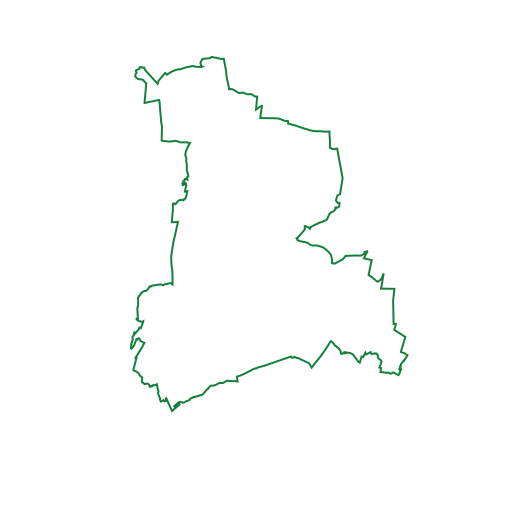 the district of Albota, Arges, Romania, rotated 290°
{"feature_id": "2599482B92204105458489", "entity_name": "Albota", "entity_type": "district", "adm_level": 2, "iso_a3": "ROU", "parent_name": "Romania", "parent_adm1": "Arges", "projection": "equal_earth", "projection_center": [24.826, 44.777], "detail": "fine", "context": "isolated", "style": "outline", "palette": "green", "viewbox_px": 512, "rotation_deg": 290, "n_neighbors": 0, "source": "geoboundaries", "source_scale": "gbopen_adm2", "svg_char_len": 6077}
<svg xmlns="http://www.w3.org/2000/svg" viewBox="0 0 512 512"><g transform="rotate(290 256 256)"><path d="M199.0,431.1L199.3,430.8L198.7,429.8L198.4,429.7L198.5,429.4L199.7,429.4L201.3,429.8L201.4,429.1L203.2,429.5L203.9,429.2L209.1,430.9L208.9,431.1L214.6,432.3L215.4,428.8L215.3,425.2L215.4,424.9L231.0,424.0L233.9,411.2L240.0,410.7L239.3,408.5L261.3,400.0L272.5,397.3L268.1,384.7L283.4,381.9L277.5,381.7L274.2,379.9L273.4,378.7L275.9,371.7L276.6,368.3L291.7,366.1L290.7,358.1L298.2,359.1L298.5,358.7L296.6,356.6L295.4,357.2L292.3,354.6L290.2,348.5L286.7,340.1L282.6,338.7L275.7,332.5L275.3,329.9L278.8,328.7L282.9,325.8L285.3,321.4L286.9,317.1L287.0,313.3L286.8,310.1L286.4,308.4L285.4,306.3L285.0,303.6L285.9,300.6L285.9,297.9L285.0,292.4L285.1,289.8L286.5,288.0L287.7,289.0L297.7,292.8L300.5,291.6L301.0,291.8L300.7,296.4L300.0,297.2L300.1,297.5L301.9,297.4L309.3,304.5L310.1,305.9L313.8,309.6L315.1,310.3L317.8,310.3L318.4,310.5L320.2,310.4L323.2,312.0L323.7,312.9L324.9,313.7L327.3,314.8L328.6,314.0L328.8,314.1L329.2,314.8L329.1,315.6L329.5,316.3L330.6,317.0L331.4,317.2L333.8,316.5L334.6,316.1L333.7,314.9L335.5,312.1L340.7,311.8L343.0,313.8L358.7,310.8L384.6,295.6L384.4,294.6L383.2,293.4L383.0,292.4L382.7,290.5L383.1,289.5L383.0,288.4L389.1,286.3L391.4,285.2L398.1,282.4L396.1,277.4L395.8,275.6L393.4,268.5L392.6,263.6L392.2,256.0L392.1,248.7L391.4,240.9L393.7,240.1L393.7,239.1L393.2,238.6L392.8,235.9L393.0,230.6L391.6,225.8L387.1,212.8L399.0,210.3L398.4,209.3L397.7,208.7L393.7,205.9L406.2,202.6L405.5,200.5L406.5,196.5L406.1,195.2L405.0,192.5L405.2,188.1L404.4,186.7L403.4,184.4L403.4,183.6L404.6,177.3L404.3,175.2L403.4,173.9L413.1,167.8L416.3,166.1L419.2,164.9L430.4,158.2L429.4,156.4L427.9,146.1L427.2,145.8L426.2,145.1L422.8,138.1L418.6,137.7L418.1,137.9L415.3,140.0L415.5,140.8L415.1,140.5L413.3,135.0L413.0,132.3L412.5,130.9L409.1,125.4L405.2,120.5L404.9,119.3L404.2,118.1L402.0,115.4L399.8,113.2L395.9,110.3L396.9,108.0L387.4,104.5L384.1,104.7L392.7,88.4L393.9,87.2L394.8,86.6L394.3,85.5L394.5,84.6L393.9,83.7L394.2,83.1L394.1,82.5L393.9,82.3L393.3,82.1L392.0,82.3L390.9,81.4L390.1,80.2L389.1,79.7L388.7,79.8L387.7,80.9L387.1,81.1L385.9,80.7L385.2,80.6L383.3,81.3L382.5,83.1L382.0,84.8L382.8,88.5L382.8,89.7L381.3,92.3L380.8,93.8L361.7,98.9L369.2,111.1L369.5,111.5L368.5,112.3L351.8,120.0L348.6,121.5L345.7,123.3L332.4,127.8L332.2,129.0L333.8,135.1L334.2,136.2L336.8,141.2L337.0,146.3L338.9,151.4L339.7,155.3L336.1,154.7L330.8,154.3L327.2,154.8L325.9,155.6L324.2,157.0L321.5,157.9L318.6,159.5L312.6,161.9L309.4,164.2L307.6,165.2L306.7,164.5L306.1,164.3L305.5,164.5L304.3,165.4L304.3,163.5L303.9,162.7L301.2,163.1L301.2,162.3L300.5,162.9L299.9,163.1L299.6,163.0L299.4,162.4L299.0,162.0L298.0,162.6L297.6,162.9L297.5,163.3L297.9,163.7L299.7,164.4L300.2,164.7L300.4,165.1L300.0,165.6L299.0,165.8L298.7,166.2L292.2,167.2L293.4,169.3L289.0,169.9L285.8,170.0L285.1,169.1L283.8,169.0L283.4,168.6L283.3,168.0L283.5,167.0L282.4,165.2L281.3,164.1L280.7,163.8L277.3,162.7L276.9,162.1L277.4,160.7L276.9,160.2L276.5,160.0L269.4,162.7L268.0,162.8L259.0,165.4L259.2,166.4L260.1,168.0L260.3,169.0L261.4,170.8L259.3,171.4L256.6,171.6L249.6,172.6L240.3,173.7L228.0,176.1L225.9,176.7L220.7,178.8L216.4,180.8L213.3,182.5L206.3,185.3L200.7,187.3L201.3,185.2L200.2,182.9L199.0,181.9L198.8,180.3L196.6,178.7L196.8,176.5L195.6,173.9L193.4,170.2L192.9,168.8L192.0,167.9L191.4,167.8L191.2,167.5L191.3,167.0L191.1,166.6L187.6,165.6L185.9,164.9L185.5,164.6L185.1,163.4L183.9,162.1L183.0,161.4L182.4,161.4L181.4,160.5L179.9,160.5L178.0,159.7L176.9,159.7L176.3,159.4L171.5,161.4L167.9,162.4L166.8,162.2L156.8,166.4L156.6,165.6L156.3,165.2L155.9,165.2L155.4,165.8L154.9,167.7L154.8,168.7L155.1,169.8L154.9,170.4L155.1,171.3L156.1,172.3L153.6,172.6L153.2,172.4L148.8,172.5L148.7,171.0L147.6,171.2L142.9,169.4L142.5,169.0L142.7,167.8L141.5,167.8L141.5,168.7L141.0,168.7L138.1,167.6L137.1,167.9L135.7,168.7L130.2,168.9L129.5,169.5L128.2,169.4L127.5,169.9L126.7,170.0L126.2,170.6L129.0,171.8L130.3,172.0L137.0,172.1L137.0,173.2L138.0,173.3L138.7,174.0L138.4,175.0L136.5,176.7L136.3,180.8L131.0,180.1L119.3,177.6L119.5,178.5L106.9,179.7L106.5,180.9L106.5,183.3L105.5,186.0L103.8,187.9L103.0,190.5L98.7,191.8L98.3,192.2L98.3,193.3L97.5,195.1L99.0,197.6L99.0,198.4L98.0,200.2L96.8,201.0L97.0,201.5L98.0,201.9L98.1,203.0L99.5,203.4L99.8,203.8L99.7,204.6L99.8,205.1L101.6,206.7L98.0,208.8L95.1,210.8L93.4,210.8L89.1,214.8L88.6,214.6L86.7,216.3L87.0,216.8L88.9,218.4L88.4,219.0L88.5,219.3L88.2,219.8L88.8,220.8L89.4,221.0L91.1,220.1L91.6,220.3L81.6,230.1L88.5,233.9L89.8,234.9L90.4,234.9L90.6,234.7L89.6,233.4L87.9,231.7L86.4,230.6L86.1,230.2L91.3,232.9L92.4,233.8L92.9,234.6L93.1,235.8L93.2,237.0L93.0,237.4L93.2,237.9L95.7,240.2L96.3,241.1L98.1,242.9L99.2,242.9L100.1,243.6L100.9,244.6L102.3,245.6L102.1,245.8L102.7,246.9L103.5,247.7L103.8,248.4L104.1,248.6L104.4,249.4L106.2,251.1L106.4,252.3L107.5,253.2L113.2,255.3L114.9,256.5L115.7,256.3L118.9,258.2L119.6,260.3L120.8,262.0L124.1,265.0L125.5,268.6L128.4,270.9L129.3,272.6L129.5,274.3L131.1,278.8L131.8,281.6L136.1,279.3L138.7,282.7L141.6,285.6L149.3,292.7L150.9,295.1L152.0,296.0L156.1,301.9L173.4,323.1L172.9,323.5L172.7,325.0L173.8,326.4L174.4,326.4L174.1,329.7L174.6,330.9L174.2,332.8L173.4,342.4L170.2,346.5L175.6,348.1L179.3,349.5L184.7,351.3L185.3,351.3L187.5,352.1L195.6,354.1L201.5,355.3L201.5,356.1L200.4,358.7L199.4,360.1L198.7,360.9L198.5,361.4L198.7,362.4L197.7,364.0L197.8,364.7L197.0,366.2L195.6,367.9L193.4,369.1L193.2,369.4L193.4,370.4L195.8,371.8L196.2,373.2L195.2,373.2L196.5,375.1L197.0,377.7L196.7,380.4L196.3,381.5L191.7,388.1L191.3,390.0L197.7,389.6L197.8,391.4L202.6,391.8L201.2,393.3L204.8,396.6L204.1,396.9L203.8,397.2L203.5,398.3L205.3,401.3L205.2,402.1L205.5,402.1L205.6,402.6L203.9,404.9L203.5,404.8L202.4,405.1L201.6,406.0L200.9,408.8L199.8,410.1L193.4,410.1L193.5,411.8L189.5,412.7L190.7,417.1L190.6,418.2L191.5,419.7L191.7,420.7L191.3,421.8L191.8,423.4L193.4,424.6L193.6,425.1L193.6,426.1L193.2,426.8L192.8,430.6L195.1,431.0L197.6,430.9L199.0,431.1Z" fill="none" stroke="#15803d" stroke-width="2"/></g></svg>